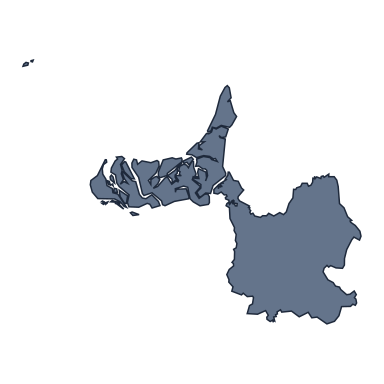 Santa Rosa, El Oro, Ecuador (Natural Earth projection)
{"feature_id": "8360857B25401291560682", "entity_name": "Santa Rosa", "entity_type": "district", "adm_level": 2, "iso_a3": "ECU", "parent_name": "Ecuador", "parent_adm1": "El Oro", "projection": "natural_earth1", "projection_center": [-80.02, -3.392], "detail": "fine", "context": "isolated", "style": "filled", "palette": "slate", "viewbox_px": 384, "rotation_deg": 0, "n_neighbors": 0, "source": "geoboundaries", "source_scale": "gbopen_adm2", "svg_char_len": 6120}
<svg xmlns="http://www.w3.org/2000/svg" viewBox="0 0 384 384"><path d="M270.2,321.5L272.7,320.1L273.2,322.2L273.6,320.5L274.7,321.1L273.7,317.0L276.2,316.5L275.6,314.7L277.4,313.9L277.1,311.9L280.5,309.8L281.7,312.1L291.5,311.1L299.2,316.8L308.2,312.3L311.8,317.8L317.1,317.1L326.9,323.9L334.5,321.3L338.9,315.8L341.6,306.6L350.5,306.4L352.8,304.2L355.3,305.3L356.6,303.0L355.9,299.1L354.4,297.7L356.3,294.6L354.2,291.0L350.0,294.2L346.7,294.7L340.7,289.5L339.5,287.1L335.5,286.1L333.2,282.6L327.9,279.8L323.1,271.9L324.1,268.2L327.0,265.4L328.7,267.1L330.7,265.6L336.0,267.9L342.5,268.3L344.4,265.1L344.5,258.5L346.7,249.6L351.8,239.7L353.9,237.1L359.5,240.1L361.0,236.2L359.9,231.2L355.3,225.5L350.6,222.2L350.1,221.0L351.7,220.4L347.6,216.7L344.0,207.8L339.5,203.6L338.2,186.6L336.8,180.2L334.2,176.7L328.7,176.7L328.8,174.1L324.1,177.3L323.1,175.9L321.2,176.5L320.8,178.5L316.7,176.9L315.1,178.7L314.7,176.3L314.1,178.5L312.9,178.2L312.6,182.2L310.9,185.2L308.5,186.2L307.2,183.3L302.2,183.3L300.6,186.5L296.7,187.8L295.7,189.5L293.6,189.3L292.9,197.9L289.0,203.5L286.3,211.9L283.5,214.6L279.7,212.6L273.8,216.0L268.7,213.3L266.5,215.8L262.7,215.7L260.4,217.4L254.7,216.0L252.9,213.2L250.9,214.1L249.8,212.2L250.7,210.7L249.4,209.2L249.8,207.8L248.5,207.5L249.4,206.0L239.5,200.9L237.9,198.4L238.2,196.5L243.7,190.0L241.5,188.0L238.2,181.3L233.5,180.4L229.3,172.2L228.2,172.1L227.8,175.5L225.2,179.2L226.2,179.7L221.9,182.5L222.9,182.6L223.1,183.1L220.9,183.2L220.3,186.4L221.3,185.9L221.4,186.0L221.3,186.3L221.6,186.1L221.8,186.2L221.8,186.5L220.2,186.6L220.7,183.4L218.5,185.0L218.9,186.7L218.4,188.8L218.2,185.2L213.9,189.5L213.9,193.2L217.8,194.0L221.2,192.0L224.2,194.9L226.4,194.8L227.0,196.3L225.4,197.5L225.6,198.9L228.8,200.2L229.5,203.9L231.9,200.9L233.4,200.2L234.1,201.0L233.2,202.9L237.2,203.6L236.9,205.9L235.3,205.9L234.6,204.1L232.8,203.7L232.4,201.1L229.6,204.4L228.5,202.4L226.9,203.6L226.1,205.7L229.4,207.7L230.0,218.6L234.5,227.6L234.1,230.6L236.2,234.5L235.4,240.5L236.9,243.5L236.2,247.8L233.6,249.3L234.6,251.5L234.4,259.4L232.0,262.4L233.4,263.5L233.6,265.9L229.2,269.5L226.8,274.6L229.0,279.7L228.8,282.1L233.0,286.8L231.8,291.2L241.5,294.9L243.2,293.2L247.3,296.6L252.6,296.2L253.5,297.6L252.5,303.9L249.5,305.6L247.2,313.6L257.6,314.2L265.6,310.6L268.3,315.3L266.8,317.2L267.0,319.3L270.2,321.5ZM137.6,164.3L136.5,159.9L133.8,159.2L131.9,163.1L132.0,167.5L138.6,177.3L142.4,193.5L144.0,195.5L152.0,192.8L161.5,200.8L162.6,204.7L165.0,205.7L174.4,201.4L188.5,198.8L189.1,197.0L186.2,188.8L177.4,189.2L175.8,190.1L175.5,192.3L175.3,188.7L183.6,186.1L187.7,187.3L190.1,198.8L193.3,201.9L200.0,205.8L208.3,204.4L209.4,202.7L209.3,196.7L207.8,194.0L204.7,194.2L199.1,198.4L195.4,192.9L200.6,186.7L192.3,179.7L193.2,176.7L197.5,178.2L197.9,177.1L195.1,175.8L196.1,174.0L193.7,167.5L193.5,161.5L191.9,161.3L188.4,167.7L186.6,165.1L183.8,164.2L179.8,166.3L178.6,171.1L180.0,171.7L179.3,174.5L181.3,175.7L176.3,175.5L175.9,176.6L178.6,180.5L178.0,181.8L175.9,181.0L171.8,184.2L167.3,176.9L164.9,178.1L157.6,186.5L153.3,188.3L157.8,183.8L159.8,179.5L156.7,176.4L155.0,176.9L150.9,179.7L150.8,184.4L148.4,180.5L155.9,173.1L159.1,166.1L158.7,161.7L157.0,160.5L150.9,162.7L142.0,160.9L137.6,164.3ZM228.3,129.0L221.3,126.2L216.2,129.0L212.9,127.6L211.5,132.0L208.8,133.8L206.5,133.5L200.2,141.9L204.3,141.8L199.1,145.7L199.5,147.9L202.4,149.9L198.4,148.9L199.0,142.7L196.9,143.2L187.0,152.8L186.7,154.2L191.9,154.8L196.6,157.6L203.6,155.6L209.7,156.4L213.3,158.9L215.4,158.5L217.3,161.5L211.7,159.6L210.0,157.6L203.5,156.5L196.6,159.1L197.0,162.0L195.7,166.3L198.7,166.0L203.0,169.0L205.0,168.8L206.7,170.3L207.6,175.6L205.5,181.0L206.6,177.9L205.9,172.1L198.5,168.7L197.7,172.1L198.9,178.6L193.1,178.0L192.6,179.1L200.9,184.5L200.8,188.1L196.8,192.2L199.2,196.6L201.0,196.7L205.7,193.0L210.5,193.5L213.1,185.5L225.6,175.6L225.7,173.2L222.6,166.5L225.3,139.0L220.1,137.6L219.1,135.6L221.5,137.6L225.7,136.9L228.3,129.0ZM121.8,156.5L116.4,157.1L117.6,159.0L115.2,160.9L111.4,168.0L110.9,172.1L115.5,174.9L116.8,182.9L119.2,186.6L129.1,194.9L127.4,202.5L128.9,206.8L138.8,207.2L147.2,203.4L149.8,204.2L152.1,208.0L160.0,205.6L158.4,201.4L151.8,194.8L145.9,198.7L142.3,198.0L139.4,194.4L135.7,181.6L132.3,180.9L123.0,171.9L122.3,173.0L124.3,178.5L127.7,183.4L124.0,181.6L120.3,184.2L123.4,179.6L121.3,173.8L122.1,170.3L120.5,164.4L124.5,158.6L121.8,156.5ZM227.4,101.8L231.1,97.8L229.3,87.8L227.3,85.6L225.0,87.5L220.3,96.2L215.5,114.4L207.5,130.9L208.1,132.1L211.1,130.7L212.3,127.2L216.3,128.2L221.2,125.4L229.6,127.3L231.8,125.0L236.6,116.5L233.8,112.6L230.3,100.8L227.4,101.8ZM126.6,207.4L117.8,194.1L112.9,192.7L112.3,188.5L107.0,185.6L105.9,179.2L102.8,174.2L102.3,168.9L103.5,164.6L106.7,162.2L106.3,159.8L105.3,159.7L97.4,175.6L90.9,180.5L90.3,184.8L92.3,192.1L97.8,198.6L114.5,198.9L120.3,201.9L124.1,206.4L126.6,207.4ZM175.9,159.0L172.2,157.8L163.2,159.9L158.3,172.1L158.4,175.9L160.1,177.7L167.1,175.5L167.3,173.4L181.5,162.0L174.8,170.5L167.7,175.6L172.0,179.2L172.3,182.8L175.2,180.5L177.0,180.6L175.1,177.2L175.2,175.0L177.2,173.2L177.3,168.5L181.8,163.0L182.0,159.2L181.4,157.9L175.9,159.0ZM134.4,178.9L125.8,162.0L124.6,161.6L121.6,165.0L124.3,171.7L131.2,178.6L134.4,178.9ZM126.4,203.5L127.6,195.8L119.2,190.2L120.1,196.4L124.4,203.1L126.4,203.5ZM193.3,159.3L191.4,157.1L183.0,161.2L184.0,163.3L187.0,162.3L189.0,164.9L193.3,159.3ZM119.1,202.6L112.2,200.5L110.6,201.8L115.5,202.2L115.4,204.1L115.8,203.2L123.7,209.1L117.3,202.2L120.0,204.1L119.1,202.6ZM114.6,183.1L113.1,177.0L111.4,175.1L110.1,176.8L110.5,179.6L114.6,183.1ZM132.9,215.5L139.1,214.6L132.1,212.0L130.4,212.8L132.9,215.5ZM23.0,66.3L27.8,65.2L28.4,63.0L26.0,62.4L23.8,64.1L23.0,66.3ZM117.4,192.4L116.7,188.9L114.2,188.3L113.8,192.3L117.4,192.4ZM110.4,185.1L109.3,181.4L107.4,180.7L108.6,184.5L110.4,185.1ZM105.0,202.2L102.4,201.0L101.5,201.8L105.0,202.2ZM32.5,61.9L33.2,60.1L31.0,60.7L31.0,61.5L32.5,61.9ZM103.6,204.4L105.8,202.7L102.3,203.6L103.6,204.4ZM105.9,204.1L107.1,203.2L107.8,201.9L106.0,202.6L105.9,204.1ZM112.7,184.0L111.7,184.4L113.1,185.8L112.7,184.0Z" fill="#64748b" stroke="#1e293b" stroke-width="1.5"/></svg>